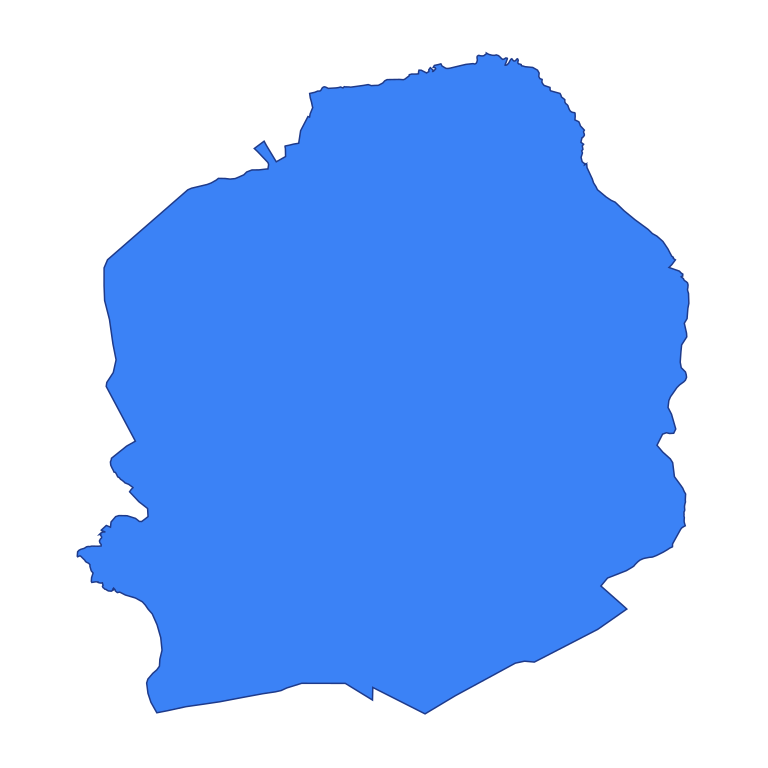 outline of Angangueo, Michoacán, Mexico, rotated 91°
{"feature_id": "50627088B88848492345112", "entity_name": "Angangueo", "entity_type": "district", "adm_level": 2, "iso_a3": "MEX", "parent_name": "Mexico", "parent_adm1": "Michoacán", "projection": "natural_earth1", "projection_center": [-100.311, 19.628], "detail": "fine", "context": "isolated", "style": "filled", "palette": "blue", "viewbox_px": 768, "rotation_deg": 91, "n_neighbors": 0, "source": "geoboundaries", "source_scale": "gbopen_adm2", "svg_char_len": 5927}
<svg xmlns="http://www.w3.org/2000/svg" viewBox="0 0 768 768"><g transform="rotate(91 384 384)"><path d="M604.8,137.3L600.9,141.7L582.2,163.6L574.1,157.1L566.4,138.4L563.2,133.2L561.8,131.1L560.0,129.7L557.4,127.2L555.6,125.0L554.1,121.8L553.6,120.0L552.7,115.7L552.4,112.9L552.1,111.9L550.7,108.5L549.4,106.0L547.2,101.8L544.6,97.6L543.6,96.2L542.8,94.9L542.1,93.3L541.7,92.7L540.5,92.7L538.9,92.7L536.6,91.5L524.0,84.8L522.6,83.7L521.2,81.6L520.5,80.3L517.7,81.2L516.2,81.5L514.2,81.5L513.0,81.4L512.0,81.4L510.9,81.8L509.2,81.7L508.1,81.8L506.8,81.8L506.3,81.7L505.7,81.3L504.6,81.1L503.9,81.2L501.8,81.4L500.8,81.4L498.4,81.0L496.7,80.5L494.9,80.7L491.1,80.6L488.8,80.5L488.0,80.9L486.8,81.7L485.1,82.5L482.9,83.5L480.4,85.3L471.6,92.0L457.6,94.0L453.9,96.4L447.2,104.1L440.5,110.0L429.3,104.6L427.8,100.8L428.5,97.6L428.2,93.5L423.9,91.5L409.2,96.0L402.5,99.6L395.6,98.9L391.7,97.3L387.3,94.3L382.5,91.1L379.7,88.4L376.6,84.3L374.9,82.7L372.0,81.6L369.3,82.0L366.7,82.8L364.9,84.6L362.5,87.1L357.0,88.2L347.0,87.7L339.7,87.1L331.6,82.1L327.9,82.4L318.0,84.8L313.3,82.1L303.1,81.5L298.0,80.6L288.2,81.1L285.5,82.0L283.9,82.2L282.6,81.9L279.7,81.7L277.6,82.3L276.5,83.5L275.7,84.8L274.5,86.1L273.5,86.4L271.7,88.7L270.7,87.1L269.9,87.5L269.0,87.1L267.7,89.0L266.0,90.6L262.5,101.1L259.5,98.2L254.8,94.8L253.4,96.9L252.3,96.9L251.2,98.5L247.7,100.5L244.1,102.4L236.6,107.6L231.4,113.7L228.9,118.3L224.9,122.5L215.4,135.9L206.6,147.0L198.2,156.0L196.4,160.1L193.1,165.2L186.0,174.0L183.0,175.5L179.2,178.0L175.4,179.3L164.1,184.8L161.0,185.1L160.9,185.7L160.3,185.5L161.4,187.3L160.1,187.0L159.7,188.1L158.2,189.8L153.9,190.9L149.5,189.6L147.5,190.4L145.9,189.2L142.5,189.9L140.8,188.6L138.9,191.3L134.4,190.4L134.2,189.8L132.7,188.5L131.7,188.0L130.6,188.1L129.3,188.7L128.2,188.9L126.7,188.1L122.5,192.1L120.3,192.9L118.4,193.8L116.6,197.7L113.1,197.5L109.9,197.7L109.4,198.1L109.3,199.0L109.1,200.2L108.6,201.5L107.8,202.5L106.5,203.4L104.7,204.2L102.4,205.0L101.4,205.9L100.5,207.1L99.2,208.0L97.6,208.2L96.7,208.1L95.9,208.9L94.0,211.5L92.0,212.2L90.4,213.1L88.0,222.4L87.3,223.0L84.6,223.2L82.7,229.1L81.2,230.4L79.5,231.4L76.7,231.2L75.9,233.5L73.8,234.6L70.4,234.3L67.5,236.0L64.9,240.8L64.3,248.3L63.6,250.8L63.5,251.9L62.9,252.4L62.2,252.4L61.7,253.9L61.6,255.0L60.8,255.7L59.6,255.8L58.2,255.4L56.9,255.8L56.5,256.4L56.9,257.0L58.1,257.9L58.7,258.7L58.8,259.6L58.4,260.4L57.9,260.8L57.1,261.4L56.6,261.9L57.0,262.7L58.2,263.5L60.3,264.6L60.9,264.9L62.6,266.4L63.1,267.6L63.1,268.4L62.1,268.3L60.2,267.5L58.3,266.9L56.6,266.3L56.0,266.7L55.9,268.0L56.8,269.3L57.4,270.8L56.6,272.1L55.0,273.7L53.7,275.2L53.0,277.4L53.5,279.4L53.4,281.7L52.6,285.0L51.3,287.4L51.9,287.3L53.2,288.9L54.0,289.9L54.3,291.6L54.1,293.6L53.8,294.6L53.8,295.4L54.7,296.5L55.5,296.7L56.9,296.6L58.4,296.3L60.5,296.8L61.8,297.5L62.5,298.8L62.1,300.5L63.0,307.7L64.0,311.7L65.7,318.3L67.0,323.3L67.4,325.6L67.3,327.6L65.0,331.6L63.8,332.2L62.9,332.7L63.7,335.4L64.1,337.2L64.6,339.2L66.5,340.3L67.0,338.2L68.0,337.8L70.5,340.1L70.6,340.7L69.2,340.5L66.9,343.2L69.0,344.7L70.9,344.6L71.0,344.8L71.9,346.4L72.3,346.8L69.6,352.3L69.6,354.5L71.4,354.9L73.2,354.9L73.5,356.7L73.6,359.2L73.6,361.6L74.3,364.1L75.5,364.3L76.2,365.2L78.9,368.6L79.4,370.0L79.2,373.8L79.6,386.2L80.8,388.5L83.1,390.5L85.0,394.0L85.5,395.0L85.6,398.0L85.9,402.0L85.5,403.1L84.9,405.1L85.1,406.0L85.8,409.7L87.8,422.5L87.6,424.2L87.6,428.1L87.4,428.9L88.7,430.2L87.8,432.6L88.4,434.6L88.8,437.1L89.4,444.9L88.3,447.2L87.9,448.5L88.1,449.7L89.0,450.9L91.4,452.2L92.2,453.2L92.3,455.5L93.5,458.2L94.8,463.4L99.2,462.7L103.5,461.4L107.5,460.5L108.9,460.1L115.0,462.5L118.4,463.1L117.9,464.7L132.2,471.8L140.4,472.9L144.8,473.5L145.7,478.6L146.9,483.0L147.7,486.7L147.9,487.1L149.0,487.0L150.3,486.7L158.3,486.4L163.7,495.6L147.6,505.7L143.3,508.1L150.8,517.8L153.7,514.6L164.6,503.9L166.6,503.2L171.0,503.8L171.1,505.2L172.1,512.8L172.3,519.8L174.4,525.0L177.3,527.8L179.6,532.7L181.2,536.4L181.8,541.5L181.3,546.4L181.3,553.2L183.0,555.2L186.1,560.5L187.6,564.3L191.6,579.9L193.3,583.6L264.6,662.6L272.8,665.9L290.7,665.6L305.4,664.8L324.4,659.6L348.8,655.7L364.5,652.3L377.3,654.9L387.3,661.2L391.3,661.7L445.5,631.6L450.6,640.3L463.0,655.2L464.5,655.4L466.7,656.2L469.9,655.8L472.5,654.6L475.0,653.2L476.8,652.4L477.1,651.0L478.7,650.0L481.5,648.6L482.3,647.0L483.9,645.7L484.7,644.4L486.3,642.3L487.3,641.4L488.8,637.5L491.9,633.1L492.0,633.1L492.5,633.6L493.5,634.6L494.4,635.3L496.2,636.5L506.0,627.0L512.6,618.2L520.7,617.6L523.0,620.4L525.7,623.9L525.7,626.2L522.7,630.1L520.2,638.6L520.2,646.8L521.3,650.0L526.7,654.5L531.9,655.0L530.3,659.2L535.1,664.2L535.4,664.1L536.8,660.0L536.9,662.2L537.7,664.2L539.5,666.0L539.2,664.6L540.5,664.6L540.8,664.3L541.6,663.7L542.8,663.7L543.4,664.3L544.0,664.9L545.9,665.8L547.7,665.3L549.6,663.9L550.9,664.0L551.2,667.0L551.2,670.7L551.2,673.4L551.7,675.4L551.6,676.9L552.0,678.6L553.5,680.8L554.6,684.3L555.6,686.1L557.1,687.4L560.1,687.6L561.5,687.7L562.1,687.3L561.2,685.4L561.3,684.4L565.5,680.0L566.6,679.4L567.3,678.5L568.4,676.2L569.7,674.9L571.6,674.8L575.8,673.5L578.1,671.6L582.7,673.0L586.4,673.2L587.5,672.7L586.8,668.7L586.9,666.5L587.4,666.5L587.8,665.1L588.0,663.4L587.7,662.1L590.2,661.4L591.1,662.0L592.5,661.4L592.7,660.9L593.5,660.1L594.0,659.6L594.4,658.0L595.0,657.4L595.7,656.0L595.9,653.0L594.5,650.7L593.9,651.6L592.8,650.8L594.4,649.3L595.6,649.0L597.2,647.0L596.7,644.6L599.5,638.9L602.3,628.8L606.0,621.8L609.2,618.8L613.3,615.9L617.9,611.7L628.7,606.7L641.5,602.8L654.0,601.3L663.1,603.3L670.1,603.6L673.8,606.2L677.3,610.1L683.1,614.9L687.1,616.1L697.4,614.6L706.3,611.5L716.7,605.4L714.4,594.6L710.1,576.5L707.6,560.9L704.6,542.7L700.1,521.1L695.8,499.9L693.7,487.3L692.3,481.5L689.6,475.9L684.7,461.1L684.0,417.5L700.2,390.0L687.6,389.9L713.1,337.2L694.4,307.2L660.8,247.8L658.7,238.7L659.4,228.8L625.5,165.9L605.2,137.9L604.8,137.3Z" fill="#3b82f6" stroke="#1e3a8a" stroke-width="1.5"/></g></svg>